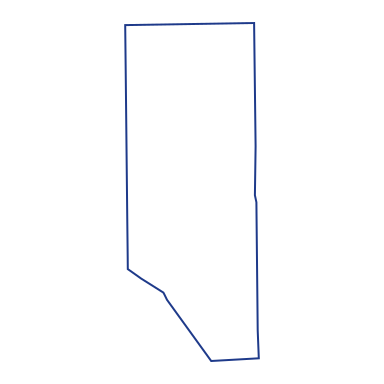 Abour, Al Qalyubiyah, Egypt (Equal Earth projection)
{"feature_id": "37247803B53826434992934", "entity_name": "Abour", "entity_type": "district", "adm_level": 2, "iso_a3": "EGY", "parent_name": "Egypt", "parent_adm1": "Al Qalyubiyah", "projection": "equal_earth", "projection_center": [31.446, 30.221], "detail": "fine", "context": "isolated", "style": "outline", "palette": "blue", "viewbox_px": 384, "rotation_deg": 0, "n_neighbors": 0, "source": "geoboundaries", "source_scale": "gbopen_adm2", "svg_char_len": 352}
<svg xmlns="http://www.w3.org/2000/svg" viewBox="0 0 384 384"><path d="M258.8,358.3L257.7,330.2L256.4,202.3L254.9,195.2L255.6,146.4L254.1,23.0L125.2,25.1L125.7,70.5L127.3,222.6L127.7,257.1L127.8,269.1L141.2,278.6L163.4,292.6L163.7,293.2L163.8,293.4L164.2,294.1L167.0,299.8L211.2,361.0L258.8,358.3Z" fill="none" stroke="#1e3a8a" stroke-width="2"/></svg>